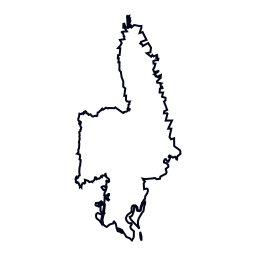 outline of Feni, Chittagong, Bangladesh
{"feature_id": "16705992B83268326466345", "entity_name": "Feni", "entity_type": "district", "adm_level": 2, "iso_a3": "BGD", "parent_name": "Bangladesh", "parent_adm1": "Chittagong", "projection": "equal_earth", "projection_center": [91.37, 23.021], "detail": "fine", "context": "isolated", "style": "outline", "palette": "ink", "viewbox_px": 256, "rotation_deg": 0, "n_neighbors": 0, "source": "geoboundaries", "source_scale": "gbopen_adm2", "svg_char_len": 5870}
<svg xmlns="http://www.w3.org/2000/svg" viewBox="0 0 256 256"><path d="M180.4,151.7L179.9,150.2L174.2,146.1L174.1,138.3L171.1,139.3L169.5,137.1L171.3,128.7L168.2,128.7L172.0,120.5L165.7,120.6L167.5,113.6L167.2,113.3L163.9,113.3L164.2,111.3L167.2,109.9L164.0,101.6L165.5,100.3L165.5,97.8L162.0,96.7L163.1,92.5L159.6,92.5L159.9,88.6L162.5,88.1L162.1,86.7L160.9,86.7L160.5,84.6L161.6,83.4L157.2,82.6L157.0,81.3L160.7,77.8L160.9,75.1L159.7,75.9L159.5,75.6L159.1,75.8L159.2,76.6L158.9,76.6L159.2,77.0L158.6,77.0L158.6,77.3L157.4,77.1L156.5,75.9L156.0,76.4L155.6,76.1L155.7,75.6L154.8,74.8L154.9,74.4L154.3,74.2L156.9,72.6L158.3,71.5L158.3,71.1L154.2,72.0L153.1,69.7L153.9,68.0L154.3,67.8L155.4,63.7L153.5,63.6L153.3,61.2L155.1,60.3L158.1,60.2L158.4,58.6L156.3,57.9L157.3,56.2L157.0,55.0L153.5,56.4L152.3,55.0L151.2,56.7L146.7,53.2L150.4,52.3L151.0,47.7L148.2,43.0L142.8,46.0L142.7,45.0L141.3,44.1L141.4,43.8L140.3,43.4L141.2,42.2L141.1,41.8L146.5,39.9L142.6,32.1L139.6,33.0L141.5,27.2L141.4,25.9L139.6,26.1L134.2,25.0L132.1,26.9L132.1,26.2L130.9,25.3L130.0,28.0L130.1,27.4L129.8,27.3L130.1,26.8L129.8,26.1L129.5,26.2L129.2,25.4L129.4,25.1L129.1,24.7L129.4,24.0L129.7,24.2L129.3,22.1L130.0,22.0L130.4,20.4L129.7,19.6L129.8,19.2L129.5,19.4L129.8,18.8L129.4,17.7L129.1,17.9L129.2,16.4L128.6,17.0L127.8,15.8L127.2,15.8L127.0,15.4L127.8,27.9L126.0,27.5L125.2,26.3L124.3,23.7L123.4,23.9L123.3,27.7L124.4,27.7L127.0,31.4L122.1,31.8L121.8,32.1L123.3,34.1L123.8,35.7L123.7,36.4L124.3,36.7L124.2,38.6L124.5,39.2L119.9,39.9L121.7,43.1L120.5,45.4L118.1,48.1L120.3,48.3L119.6,55.1L118.1,55.2L117.8,58.3L118.8,58.3L118.4,62.3L119.5,62.2L119.4,70.3L120.8,71.8L121.7,77.4L123.3,81.4L123.2,86.7L125.3,88.4L124.3,95.8L126.1,95.6L125.9,99.8L126.8,101.3L128.8,101.7L129.8,101.6L129.4,102.3L129.3,104.3L128.5,104.7L128.4,107.2L127.6,108.7L129.7,109.2L129.3,110.2L128.8,109.9L127.9,110.3L127.6,111.0L126.2,111.7L124.0,112.0L123.8,112.8L123.1,113.0L115.3,107.4L114.3,108.2L108.8,108.0L108.1,108.5L106.0,107.7L103.0,109.7L102.2,108.7L101.1,109.9L101.0,110.4L100.4,110.5L98.8,112.2L97.7,112.6L97.2,115.8L96.2,116.2L95.1,115.7L93.3,116.5L92.3,116.4L90.3,114.3L88.6,114.9L87.8,113.5L86.5,113.4L86.3,112.0L85.4,111.2L84.1,111.9L84.3,113.1L83.3,114.0L82.9,113.1L81.6,113.6L81.2,114.1L79.4,113.7L79.0,116.9L78.3,118.6L78.3,120.1L78.7,120.9L80.1,121.4L80.9,122.2L80.7,123.4L79.2,123.2L79.1,123.6L79.4,124.0L79.9,123.9L80.6,126.7L81.3,127.6L80.8,129.5L80.4,129.7L80.3,131.2L79.4,131.7L79.3,132.2L79.7,135.4L79.4,136.2L79.7,138.9L78.9,142.4L79.3,143.5L79.0,148.4L78.3,149.6L78.4,152.3L77.8,152.9L78.1,153.3L77.3,153.8L79.7,154.5L80.1,155.9L80.0,157.1L79.5,159.4L80.7,160.0L80.1,165.9L79.7,166.6L79.4,169.6L79.3,172.3L79.7,175.4L78.5,176.0L78.2,177.5L77.7,177.9L77.1,177.8L76.5,176.8L76.1,177.2L75.9,177.7L76.5,178.6L75.6,178.9L75.5,179.2L75.8,179.6L75.9,182.1L76.4,182.1L77.0,183.0L77.5,182.7L77.3,182.3L77.6,182.1L78.5,183.0L78.9,184.0L79.1,183.4L79.3,184.9L80.1,185.6L80.0,186.9L80.5,186.4L81.4,187.5L81.6,185.2L82.6,183.2L83.4,183.1L84.4,183.6L84.7,183.4L84.6,182.7L85.2,182.6L84.9,179.8L88.2,180.9L89.3,182.1L91.7,181.5L92.4,182.1L94.5,179.7L95.0,177.4L95.8,177.3L96.3,177.8L96.6,179.3L98.2,178.6L99.4,178.6L100.4,177.7L100.9,176.5L101.9,177.0L102.0,175.9L102.3,175.4L104.7,175.7L105.2,174.1L105.5,173.9L106.4,177.2L108.6,178.7L109.1,180.2L109.1,181.5L108.6,182.0L106.8,180.6L106.3,181.0L106.6,183.1L106.1,185.0L106.7,186.8L106.6,187.6L106.0,187.6L103.9,186.1L101.7,186.8L101.5,187.4L103.6,190.1L106.1,189.2L106.1,189.8L104.5,193.0L104.2,195.3L104.6,195.6L106.9,195.3L108.4,194.0L108.9,194.0L109.0,195.3L108.0,196.4L107.6,198.0L109.0,199.7L108.5,200.4L107.7,200.2L106.8,199.2L105.6,196.8L105.0,196.5L104.6,196.9L104.6,200.5L104.1,203.1L104.6,203.8L104.9,204.8L103.9,213.2L104.4,213.0L104.5,213.4L103.7,214.2L102.5,219.4L103.0,224.1L104.7,225.9L106.6,226.9L109.9,224.4L113.3,223.4L113.7,221.6L114.1,221.5L115.7,223.6L116.8,228.5L118.5,228.4L121.9,229.9L126.5,237.0L129.7,238.2L131.9,240.4L133.6,237.6L133.8,236.5L133.9,231.2L131.1,228.9L130.5,227.6L130.4,226.5L131.8,224.2L131.7,223.6L131.2,223.1L129.5,223.3L128.5,222.9L126.6,220.7L125.9,218.6L126.5,216.5L127.6,214.8L131.6,211.8L131.7,207.4L132.2,206.2L133.2,205.4L135.5,205.4L137.3,207.2L137.7,209.9L138.8,210.5L139.9,210.3L140.4,209.5L140.7,207.2L142.1,202.8L144.0,199.8L145.0,198.8L145.3,196.1L147.2,193.2L147.8,191.4L147.9,190.0L147.5,188.9L146.8,188.6L144.1,189.2L143.7,183.5L145.0,181.4L143.3,180.1L143.3,179.2L142.9,178.7L145.4,179.1L153.8,178.3L154.0,178.0L155.4,178.2L156.5,179.2L159.9,178.8L160.4,176.6L166.0,173.7L166.6,172.1L165.8,169.6L165.8,168.8L168.4,166.8L168.2,165.2L167.3,163.9L166.1,163.1L164.0,162.4L163.9,161.1L164.8,159.4L165.7,159.1L167.6,161.6L168.4,161.7L170.4,157.3L168.8,157.0L168.7,156.7L169.0,155.9L169.7,155.4L172.8,157.6L174.9,156.7L175.5,157.3L176.5,159.4L177.0,159.5L177.2,156.6L180.5,153.7L180.3,153.1L180.4,151.7ZM145.1,201.6L143.7,202.1L143.3,202.8L141.4,207.3L140.8,210.2L139.8,211.1L137.5,210.9L136.9,210.0L136.4,207.4L135.5,206.6L134.2,206.1L134.0,210.4L132.5,214.8L131.5,216.2L129.7,216.8L130.2,218.2L131.2,219.9L138.2,227.2L139.3,228.8L138.0,224.6L137.9,221.3L138.8,218.3L142.1,212.7L143.5,211.0L144.1,206.9L145.1,203.4L145.1,201.6ZM102.3,214.8L97.7,213.0L96.4,213.9L96.0,215.4L96.1,217.0L96.7,218.4L99.8,220.9L101.4,223.3L101.3,219.6L102.3,214.8ZM102.6,213.4L104.1,206.2L103.9,205.1L103.3,204.5L100.7,205.5L98.7,205.2L98.4,204.8L98.5,203.4L101.6,201.6L101.2,201.3L99.0,202.8L96.0,203.0L95.5,204.8L96.2,205.7L97.7,205.9L98.6,206.6L100.4,206.4L100.6,208.8L100.4,210.7L101.9,213.2L102.6,213.4ZM117.7,231.1L120.1,231.8L121.6,232.9L122.2,232.9L122.5,232.2L121.8,230.9L120.5,229.9L118.4,228.9L116.9,228.9L117.7,231.1ZM140.2,231.8L140.2,235.2L140.5,238.0L141.5,240.6L141.4,236.2L140.2,231.8ZM101.9,202.2L99.7,203.5L99.6,204.2L100.6,204.3L102.3,203.0L101.9,202.2Z" fill="none" stroke="#020617" stroke-width="2"/></svg>